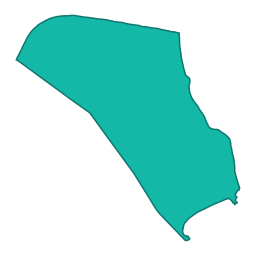 Qishn, Al Mahrah, Yemen
{"feature_id": "15242507B46563890594581", "entity_name": "Qishn", "entity_type": "district", "adm_level": 2, "iso_a3": "YEM", "parent_name": "Yemen", "parent_adm1": "Al Mahrah", "projection": "equal_earth", "projection_center": [51.542, 15.673], "detail": "fine", "context": "isolated", "style": "filled", "palette": "teal", "viewbox_px": 256, "rotation_deg": 0, "n_neighbors": 0, "source": "geoboundaries", "source_scale": "gbopen_adm2", "svg_char_len": 5638}
<svg xmlns="http://www.w3.org/2000/svg" viewBox="0 0 256 256"><path d="M16.3,59.8L19.2,61.5L41.5,77.9L62.2,93.0L69.9,98.7L87.9,111.5L89.7,112.8L94.1,118.8L103.2,131.4L106.3,135.6L110.3,141.1L128.5,166.0L133.8,173.2L147.7,195.6L155.9,208.9L158.9,212.9L165.9,220.3L170.9,225.5L171.1,225.6L173.6,228.3L175.3,230.0L180.0,235.0L182.4,237.5L185.3,240.5L186.0,240.6L186.9,240.4L187.8,240.1L188.7,239.8L189.4,239.3L189.7,238.9L189.4,238.0L188.3,237.3L188.3,236.4L187.5,236.1L186.6,235.9L185.7,236.0L184.4,235.2L183.7,234.7L183.1,233.4L182.8,232.5L182.6,231.7L182.7,230.6L182.7,229.9L182.8,229.3L183.2,228.5L183.4,226.8L183.7,224.8L184.2,224.1L184.6,223.2L185.5,222.1L187.3,220.2L189.0,218.2L190.6,217.1L193.9,214.7L196.7,212.7L199.5,211.3L202.0,210.0L204.5,208.9L208.2,207.0L210.9,205.6L214.7,203.9L223.4,200.3L225.5,199.3L226.3,199.3L227.4,198.7L228.4,198.5L228.5,198.2L228.8,198.3L229.0,198.5L229.3,198.8L229.7,198.9L230.3,199.5L230.8,199.8L231.2,200.5L231.5,200.7L231.9,201.0L232.3,201.6L232.4,202.0L232.7,202.5L233.4,203.2L233.8,203.1L234.2,203.4L234.5,203.8L234.9,204.5L235.4,203.7L235.5,203.4L236.5,203.2L236.9,203.1L237.1,203.0L237.1,202.5L236.7,201.9L236.2,201.7L235.9,201.4L235.6,201.0L235.4,199.9L236.3,198.2L236.5,197.9L236.9,197.4L236.7,196.7L236.0,196.4L235.6,196.0L235.3,195.8L235.3,194.7L235.6,193.7L235.9,193.6L236.3,192.9L236.5,192.6L236.8,192.1L237.0,191.4L237.4,191.0L237.6,190.8L238.0,190.6L238.2,190.4L238.4,190.1L238.8,190.0L239.3,189.8L239.2,189.3L239.1,188.6L239.7,188.0L239.6,187.5L239.3,186.6L238.8,185.6L238.4,184.5L238.2,183.6L237.8,182.7L237.5,181.7L237.3,180.7L237.0,179.8L236.7,178.9L236.4,177.7L236.1,176.8L235.9,175.9L235.4,174.1L235.2,173.1L235.0,172.0L234.7,171.1L234.7,170.1L234.7,169.0L234.7,167.9L234.7,167.0L234.6,166.0L234.5,165.0L234.4,164.0L234.3,162.9L234.2,161.9L234.1,160.9L234.0,160.0L233.8,159.0L233.4,157.9L233.3,156.9L233.0,155.9L232.7,154.9L232.1,152.1L232.0,151.1L231.8,149.8L231.6,148.9L231.4,147.9L231.1,146.9L230.8,145.9L230.8,144.9L230.7,143.9L230.7,142.9L230.4,141.9L230.1,140.9L229.9,140.0L229.6,139.1L229.1,138.3L228.5,137.6L227.8,136.9L227.2,136.3L226.6,135.8L225.9,135.1L225.2,134.6L224.6,134.1L223.8,133.6L223.1,133.1L222.3,132.7L221.6,132.1L220.9,131.7L220.3,131.2L219.6,130.6L218.8,130.1L218.1,129.8L217.0,129.5L216.3,129.4L215.5,129.4L214.8,129.4L213.9,129.3L213.0,129.2L212.3,128.9L211.6,128.6L210.9,128.4L210.2,128.0L209.5,127.6L208.9,126.9L208.3,126.1L208.0,125.1L207.7,124.2L207.2,123.4L206.7,122.5L206.2,121.5L205.9,120.5L205.5,119.5L205.2,118.6L204.8,117.6L204.4,116.8L203.9,116.0L203.4,115.1L202.9,114.2L202.4,113.6L202.2,113.3L201.8,112.7L201.2,111.9L200.6,111.0L200.0,110.2L199.5,109.4L199.0,108.6L198.5,107.5L198.0,106.6L197.6,105.9L196.9,105.1L196.3,104.4L195.7,103.6L195.2,102.9L194.6,102.1L194.0,101.4L193.5,100.5L193.0,99.7L192.4,98.9L191.9,98.0L191.5,97.1L191.1,96.1L190.7,95.3L190.4,94.2L190.0,93.1L189.7,92.0L189.5,90.9L189.3,89.9L189.2,88.8L189.1,87.8L189.1,86.8L189.1,85.7L189.3,84.8L189.5,83.9L189.8,82.8L189.9,81.7L189.9,80.7L189.8,79.4L189.4,78.4L188.9,77.7L188.2,77.2L187.4,76.7L186.7,76.1L186.0,75.5L185.5,74.7L185.2,73.6L185.0,72.7L184.7,71.7L184.4,70.8L184.2,69.9L183.9,69.0L183.6,67.9L183.4,67.0L183.2,66.0L183.0,64.9L182.7,64.0L182.5,63.0L182.2,61.8L181.9,60.7L181.7,59.7L181.5,58.5L181.3,57.5L181.2,56.4L181.1,55.3L180.9,54.2L180.8,53.2L180.6,52.1L180.4,50.8L180.3,49.8L180.1,48.6L179.9,47.2L179.8,46.2L179.7,45.0L179.6,43.8L179.6,42.6L179.6,41.5L179.6,40.3L179.5,39.3L179.5,38.2L179.4,36.8L179.2,35.8L179.2,34.7L179.2,33.6L179.2,33.1L178.2,32.9L177.1,32.7L176.4,32.4L175.6,32.2L174.7,31.9L173.9,31.9L173.1,31.9L172.2,31.8L171.3,31.7L170.2,31.4L168.9,31.0L168.1,30.8L167.2,30.7L166.3,30.5L165.4,30.3L164.3,30.1L163.3,29.9L162.4,29.8L161.4,29.5L160.7,29.4L159.8,29.1L159.0,29.0L158.0,28.7L157.2,28.5L156.5,28.4L155.6,28.3L154.8,28.2L154.0,28.2L153.1,28.0L151.8,27.8L150.9,27.7L150.0,27.6L149.0,27.3L147.5,27.1L146.6,26.9L145.8,26.8L145.1,26.7L144.2,26.7L143.3,26.7L142.4,26.6L141.5,26.4L140.7,26.1L140.0,25.8L139.2,25.6L138.3,25.3L137.5,25.2L136.4,25.2L134.6,24.9L133.7,24.8L133.0,24.6L131.9,24.5L130.9,24.4L129.6,24.2L128.9,24.1L127.9,23.8L126.9,23.7L126.1,23.5L125.3,23.3L124.4,23.1L123.7,22.9L122.9,22.7L121.9,22.4L121.0,22.4L120.0,22.3L119.6,22.3L119.0,22.2L118.0,22.1L117.0,22.0L116.2,21.8L115.4,21.8L114.5,21.7L113.9,21.5L113.5,21.4L112.1,21.0L111.3,21.0L110.5,20.8L109.7,20.6L108.8,20.4L107.8,20.1L106.9,19.9L106.1,19.8L105.2,19.6L104.4,19.5L103.5,19.4L102.7,19.3L101.9,19.3L100.9,19.1L100.0,19.1L99.0,19.0L98.2,19.0L97.3,18.8L96.3,18.6L95.4,18.5L94.2,18.3L93.2,18.1L92.3,18.0L91.2,18.0L90.3,17.7L89.2,17.7L88.4,17.5L87.4,17.4L86.5,17.3L86.1,17.2L85.7,17.2L84.4,17.1L83.5,17.0L82.5,16.8L81.6,16.7L80.8,16.5L80.0,16.4L79.2,16.2L78.4,16.2L77.5,16.0L76.6,15.9L75.6,15.6L74.8,15.5L73.6,15.4L72.7,15.4L71.7,15.4L70.6,15.5L70.0,15.6L69.3,15.7L68.5,15.7L67.5,15.8L65.6,15.8L64.2,15.9L62.6,15.9L61.8,16.0L60.9,16.1L60.2,16.2L59.3,16.3L58.6,16.4L57.6,16.5L56.5,16.8L55.7,16.9L54.9,17.1L54.1,17.2L53.4,17.5L52.5,17.7L51.6,18.0L50.7,18.3L49.7,18.6L48.6,19.1L47.7,19.6L46.6,20.1L45.8,20.5L44.7,21.1L43.9,21.7L43.0,22.0L42.3,22.5L41.5,22.9L40.7,23.4L40.0,23.8L39.3,24.2L38.4,24.8L37.6,25.4L36.8,26.2L36.1,26.9L35.3,27.5L34.6,28.1L34.0,28.7L33.9,28.9L33.3,29.4L33.0,29.7L32.4,30.3L31.1,31.8L30.5,32.6L30.0,33.5L29.4,34.2L28.9,35.0L28.4,35.8L27.8,36.7L27.3,37.5L26.9,38.4L26.5,39.2L26.0,40.0L25.6,40.9L25.1,41.8L24.6,42.9L24.2,43.7L23.7,44.6L23.3,45.5L22.8,46.5L22.3,47.5L21.9,48.5L21.4,49.5L21.0,50.4L20.5,51.3L20.0,52.2L19.5,53.3L19.0,54.3L18.5,55.3L18.0,56.2L17.5,56.9L17.2,57.8L16.7,58.8L16.3,59.8Z" fill="#14b8a6" stroke="#0f766e" stroke-width="1.5"/></svg>